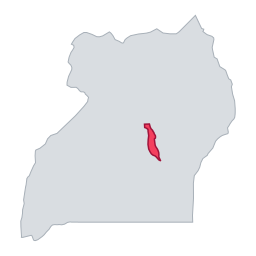 location of Kayunga within Uganda
{"feature_id": "UGA-3067", "entity_name": "Kayunga", "entity_type": "District", "adm_level": 1, "iso_a3": "UGA", "parent_name": "Uganda", "parent_adm1": "", "projection": "orthographic", "projection_center": [32.888, 1.01], "detail": "fine", "context": "in_parent", "style": "filled", "palette": "rose", "viewbox_px": 256, "rotation_deg": 0, "n_neighbors": 0, "source": "natural_earth", "source_scale": "10m", "svg_char_len": 2737}
<svg xmlns="http://www.w3.org/2000/svg" viewBox="0 0 256 256"><path d="M192.7,222.2L188.3,222.2L181.3,222.2L174.3,222.2L167.2,222.2L160.2,222.2L153.1,222.2L146.1,222.2L139.1,222.2L132.0,222.2L125.0,222.2L117.9,222.2L110.9,222.2L103.9,222.2L96.8,222.2L89.8,222.2L82.7,222.2L75.7,222.1L71.5,222.1L70.7,222.0L70.1,221.9L67.5,222.4L64.7,224.1L61.8,224.8L58.7,224.5L58.3,224.7L56.7,224.7L54.4,224.6L52.4,225.0L50.8,226.5L49.2,229.1L46.3,232.1L44.1,234.8L42.1,236.6L37.8,239.7L35.4,240.6L34.2,240.5L33.5,239.9L32.1,236.0L31.2,235.3L22.7,237.4L21.4,237.4L21.5,236.1L20.9,226.8L20.8,221.1L21.9,217.6L22.5,213.4L22.6,209.8L24.2,203.6L23.6,199.9L25.6,186.9L26.1,184.8L26.9,178.5L28.2,176.6L29.3,175.8L30.8,172.0L33.6,165.8L35.5,162.7L35.1,155.7L35.4,151.0L35.9,150.0L40.0,148.2L45.4,143.9L47.6,138.8L50.8,135.5L57.0,133.4L75.4,115.8L84.0,106.3L87.7,101.5L87.9,99.7L88.6,97.4L87.1,95.7L85.3,94.0L84.7,92.5L83.2,91.8L81.0,91.8L79.5,90.7L77.9,88.6L76.2,87.3L71.0,87.4L67.0,85.2L67.1,82.2L68.6,76.4L71.7,69.7L71.9,67.8L71.4,66.3L70.7,64.9L69.3,63.6L68.1,62.0L69.1,57.2L71.0,52.4L72.6,50.1L74.1,47.4L73.7,45.3L71.4,44.2L72.6,42.1L75.0,38.5L79.7,34.9L83.9,32.5L86.6,32.5L92.0,34.4L96.8,36.7L99.5,36.8L102.7,35.9L109.4,31.9L111.0,33.2L112.9,35.6L115.1,39.6L119.3,41.4L121.3,42.7L122.7,43.1L123.5,42.8L125.1,39.6L127.1,37.9L130.6,35.7L138.5,34.0L144.1,33.4L146.5,33.1L150.5,32.1L156.8,28.8L163.0,33.0L169.7,33.8L176.2,33.8L178.2,32.5L179.4,31.5L186.2,24.7L195.4,15.4L201.6,28.5L203.8,29.2L203.5,30.4L202.9,31.5L207.0,34.6L211.9,36.3L213.7,37.9L213.9,39.6L212.2,47.3L212.5,49.5L214.2,57.2L217.1,58.9L219.8,66.6L225.1,69.9L225.8,70.8L227.1,74.6L228.7,78.7L230.0,79.6L230.7,79.9L232.3,84.2L231.4,86.7L232.6,94.1L234.6,100.8L235.2,108.7L235.2,112.2L235.1,114.3L234.7,117.4L233.8,119.1L232.1,120.8L230.2,123.5L228.6,126.3L227.5,127.8L228.3,132.0L228.1,133.2L227.7,133.7L225.3,134.4L222.2,135.5L220.3,136.7L217.7,138.8L215.6,141.2L212.8,148.1L208.1,153.5L207.3,155.3L202.9,158.5L200.9,162.5L199.7,167.3L198.0,170.8L194.3,175.6L193.4,183.2L193.5,198.2L192.5,215.4L192.7,222.2Z" fill="#d9dde1" stroke="#a8b0b8" stroke-width="1"/><path d="M148.2,139.7L148.7,135.6L148.1,131.6L148.0,130.8L148.1,130.3L148.0,129.8L147.9,129.3L147.6,129.2L147.3,129.0L147.0,128.5L146.5,128.3L145.8,127.9L144.7,127.5L144.5,124.2L149.4,124.0L150.2,127.0L151.0,128.7L152.7,130.5L152.9,131.3L153.8,132.4L154.2,133.7L155.4,135.7L155.5,136.4L155.5,137.3L155.4,138.1L154.5,138.7L154.4,139.6L155.1,144.9L155.6,146.4L157.5,149.3L158.2,150.9L158.7,152.5L158.9,154.4L158.8,156.2L158.9,157.1L160.3,160.2L160.8,160.9L158.7,159.8L158.2,159.2L156.2,156.9L155.0,155.9L152.9,155.1L151.3,153.8L149.9,151.5L148.7,149.0L148.0,144.4L148.2,139.7Z" fill="#f43f5e" stroke="#9f1239" stroke-width="1.5"/></svg>